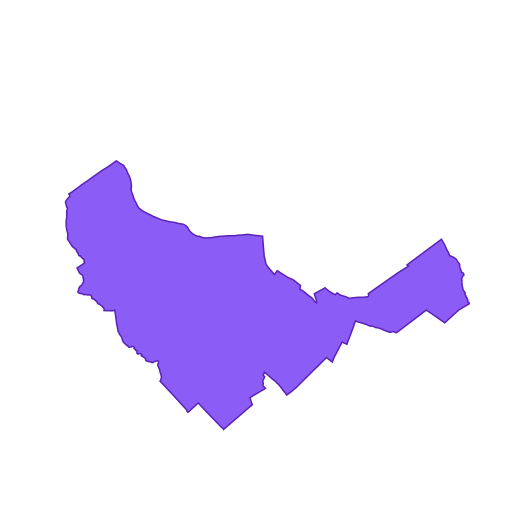 Tansa, Iasi, Romania (Robinson projection), rotated 330°
{"feature_id": "2599482B58349207668580", "entity_name": "Tansa", "entity_type": "district", "adm_level": 2, "iso_a3": "ROU", "parent_name": "Romania", "parent_adm1": "Iasi", "projection": "robinson", "projection_center": [27.249, 46.905], "detail": "fine", "context": "isolated", "style": "filled", "palette": "violet", "viewbox_px": 512, "rotation_deg": 330, "n_neighbors": 0, "source": "geoboundaries", "source_scale": "gbopen_adm2", "svg_char_len": 6065}
<svg xmlns="http://www.w3.org/2000/svg" viewBox="0 0 512 512"><g transform="rotate(330 256 256)"><path d="M417.9,393.6L418.3,393.2L418.2,392.9L418.3,392.4L418.8,392.1L418.7,391.4L418.5,390.8L418.6,388.3L420.3,383.3L420.8,382.7L420.9,381.8L422.1,380.4L422.4,379.2L422.5,378.7L423.0,378.2L423.8,377.7L424.5,377.1L425.2,376.8L426.2,376.7L426.8,376.0L426.9,375.1L426.8,374.1L425.8,373.0L426.1,372.2L426.3,371.2L426.5,370.5L426.6,368.9L426.8,368.3L426.8,367.7L428.1,365.1L428.2,364.1L427.8,362.0L427.8,358.7L426.0,355.1L423.8,352.4L424.2,350.6L424.4,349.1L424.4,348.0L424.4,346.2L425.0,340.1L425.0,334.2L382.3,339.2L383.0,341.0L370.5,341.5L334.4,344.7L334.2,345.8L333.3,347.0L332.9,347.1L332.2,347.1L327.5,345.0L325.0,343.5L322.8,342.3L317.0,339.9L315.7,339.2L314.9,338.3L313.5,336.3L311.6,334.3L311.0,333.6L309.5,331.9L308.7,330.7L308.5,329.7L308.2,329.2L307.6,328.4L305.3,329.2L304.3,327.7L303.9,326.9L303.8,327.0L301.6,322.9L301.1,321.5L300.0,318.7L299.9,317.9L298.5,318.1L287.7,317.8L287.3,318.9L286.4,323.4L286.1,324.7L285.8,325.4L285.0,326.6L284.1,324.6L283.5,320.3L281.8,316.6L279.9,311.3L277.5,306.6L279.8,303.8L276.4,295.3L272.9,290.5L267.0,279.3L262.7,281.3L260.9,272.0L260.6,268.2L263.2,259.8L271.6,242.1L269.8,240.8L267.5,239.0L266.2,238.3L265.5,237.6L264.1,236.7L263.0,235.6L262.0,235.0L259.8,233.2L256.3,231.6L253.8,230.6L252.0,229.5L249.5,228.4L248.3,228.1L241.4,224.2L237.7,222.5L233.9,220.6L230.0,219.0L226.2,217.7L221.8,215.4L219.8,214.2L216.4,210.3L216.0,210.0L215.2,209.7L214.8,209.3L213.3,207.0L212.1,204.6L211.2,202.0L211.1,200.9L210.9,199.0L211.1,197.0L211.0,196.2L210.6,195.3L210.1,194.4L209.7,193.3L209.2,192.5L208.7,192.0L207.4,190.9L205.5,189.4L202.6,186.5L198.6,183.4L197.4,182.2L195.9,180.9L192.9,178.1L191.5,176.5L190.0,174.5L188.8,173.0L187.9,171.6L186.9,170.5L185.2,167.6L182.4,163.7L180.8,161.1L179.3,157.9L178.5,155.7L178.4,153.4L178.8,149.1L178.7,147.4L179.3,143.7L179.8,141.8L180.0,140.0L180.6,137.0L181.3,135.7L183.1,133.2L183.8,131.6L185.1,128.4L185.9,125.4L186.1,124.0L186.3,120.2L186.9,116.6L186.6,111.3L186.3,110.5L185.7,109.8L185.1,108.6L183.6,106.0L182.7,103.8L171.3,104.8L165.6,104.9L145.3,106.8L140.7,107.1L138.2,107.5L131.1,108.3L129.0,108.5L124.9,108.7L124.9,109.5L125.1,109.9L125.1,110.3L124.8,110.8L124.5,111.1L124.3,111.3L123.7,111.5L122.4,111.8L119.3,113.1L118.1,113.9L117.8,114.3L117.6,114.7L117.4,115.9L117.1,117.3L116.7,118.1L116.5,118.8L116.8,119.7L116.8,120.1L116.7,120.4L115.4,121.5L114.4,122.7L114.0,123.1L113.9,123.5L113.6,123.9L113.3,124.8L111.6,127.4L111.5,127.8L111.2,128.3L110.2,129.3L109.5,130.3L108.9,131.0L108.5,131.6L108.0,132.7L106.6,135.1L105.4,138.0L104.9,139.7L104.6,141.2L104.4,141.7L103.1,144.5L102.4,145.2L101.8,146.3L101.2,147.1L101.7,156.2L101.9,156.8L102.5,157.4L102.5,158.3L102.6,158.9L103.0,159.6L103.7,160.5L103.5,161.2L103.0,161.8L102.9,162.1L102.9,162.6L103.2,163.4L103.2,164.3L103.1,165.0L103.0,166.1L102.9,167.3L103.0,167.5L103.8,167.9L104.1,168.1L104.0,169.2L104.2,170.0L104.8,172.2L105.2,173.3L105.3,173.6L105.3,173.8L104.4,174.7L104.3,175.0L104.0,175.8L104.0,176.4L95.0,176.9L94.6,182.2L95.1,183.8L96.2,185.7L95.8,187.3L95.1,189.1L95.1,190.0L94.5,190.5L94.3,191.2L93.8,192.1L92.7,192.8L92.1,193.0L91.1,193.8L90.3,194.2L89.1,194.2L87.7,194.5L83.8,198.0L83.8,199.2L85.0,200.5L86.4,201.6L86.9,202.3L87.3,203.1L87.8,203.5L88.4,203.7L91.1,205.8L91.6,206.1L92.8,206.4L93.2,207.6L93.4,208.9L92.7,210.4L93.3,211.9L93.8,212.1L94.3,212.6L94.7,214.4L95.3,215.7L95.2,217.3L95.3,218.6L96.1,219.2L96.8,220.5L97.4,222.1L97.9,224.1L98.1,224.4L98.3,224.8L98.1,225.6L97.1,227.3L99.2,228.6L100.6,229.4L104.1,231.6L104.8,231.9L106.6,232.3L103.3,240.6L101.4,245.1L100.2,248.7L99.8,249.8L99.6,250.7L99.1,251.5L98.9,252.0L98.9,254.2L98.7,255.5L99.1,258.9L98.9,260.1L98.2,262.3L98.1,263.5L98.2,264.9L99.3,268.6L100.0,270.0L100.2,271.3L100.9,271.8L101.7,272.0L102.5,272.4L103.1,272.4L104.0,272.7L104.5,273.0L104.9,273.7L104.9,274.3L104.7,274.7L104.2,274.9L104.1,275.2L104.1,275.6L104.3,275.8L105.0,276.6L104.9,277.3L104.7,277.5L104.7,277.8L104.8,278.1L105.4,278.6L105.5,279.0L105.1,279.6L104.3,280.4L104.5,281.4L104.8,282.0L105.8,282.1L106.4,282.3L106.8,282.7L107.3,283.2L107.7,283.6L107.8,284.1L107.6,284.4L107.1,284.7L106.8,285.0L106.7,285.2L107.6,286.0L107.7,286.3L107.7,286.7L108.0,287.2L109.0,289.3L109.0,289.9L108.8,290.2L108.5,290.5L108.4,290.8L108.4,291.2L108.5,291.9L108.7,292.3L109.3,292.9L109.8,293.3L110.1,293.7L111.0,294.4L111.8,294.9L112.6,295.9L112.7,296.4L113.0,296.6L113.5,296.7L114.0,296.6L118.0,297.2L118.5,297.6L118.8,298.1L118.7,298.7L118.3,299.4L117.9,299.9L117.0,300.5L116.6,300.9L116.3,301.4L115.7,306.0L115.0,308.2L114.2,311.8L113.5,313.7L113.2,314.1L111.3,315.9L110.3,316.4L111.1,319.9L111.3,320.1L111.4,321.1L111.5,321.3L114.7,335.0L116.9,345.3L119.0,354.4L118.8,354.7L118.7,355.3L118.6,355.9L118.6,356.4L118.9,357.3L119.0,357.4L132.5,354.4L135.2,366.1L140.6,387.6L141.0,388.0L141.2,388.6L141.3,389.2L141.1,390.0L173.2,383.9L178.5,383.0L178.7,381.0L179.0,379.8L179.1,379.2L179.5,377.8L179.8,376.3L179.8,375.6L182.6,375.6L192.7,375.4L195.6,375.5L198.0,375.4L197.5,373.1L197.2,372.3L197.3,371.5L197.4,371.0L197.8,370.9L198.4,370.4L198.7,369.8L198.9,369.1L198.9,368.5L199.0,368.1L199.4,367.6L201.8,366.0L203.2,364.7L202.6,363.3L202.6,362.9L202.9,362.6L205.2,361.0L207.0,365.6L208.7,370.9L210.1,374.2L210.5,376.2L211.2,378.1L211.9,382.0L212.4,386.7L212.9,389.3L213.1,391.8L219.7,391.0L225.4,389.9L242.2,385.5L245.3,384.6L255.3,382.1L266.2,379.2L269.1,386.0L273.0,382.8L276.9,380.4L287.5,373.6L290.6,377.9L293.2,375.6L300.2,370.0L302.9,367.7L304.7,366.3L308.0,363.3L309.8,361.9L310.7,363.4L315.1,368.0L317.0,370.1L319.6,373.6L321.3,374.7L322.5,375.7L323.9,377.9L326.2,379.6L328.5,382.4L329.5,384.0L331.4,386.3L333.4,388.7L333.9,389.2L336.4,389.8L337.4,390.3L339.2,392.7L376.4,388.0L378.7,392.6L386.0,408.2L404.7,404.1L416.8,404.0L417.2,402.9L417.1,402.5L416.5,401.8L416.5,401.5L416.5,401.3L416.9,400.9L417.3,400.4L417.5,399.8L417.4,399.0L417.7,398.2L417.7,397.6L417.5,396.6L417.8,395.8L417.9,395.5L417.8,394.4L417.9,393.6Z" fill="#8b5cf6" stroke="#5b21b6" stroke-width="1.5"/></g></svg>